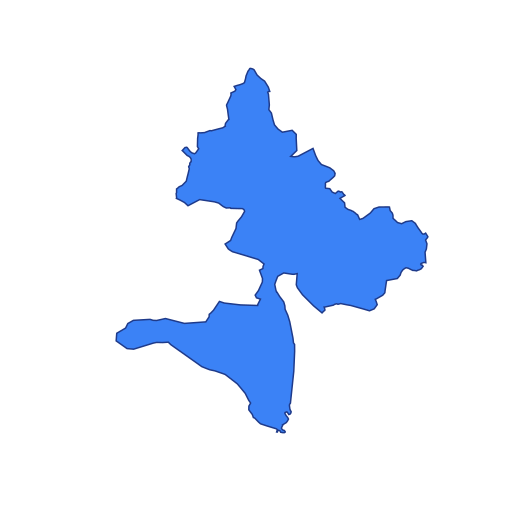 the district of Al Odayn, Ibb, Yemen, rotated 244°
{"feature_id": "15242507B10242503769306", "entity_name": "Al Odayn", "entity_type": "district", "adm_level": 2, "iso_a3": "YEM", "parent_name": "Yemen", "parent_adm1": "Ibb", "projection": "orthographic", "projection_center": [43.943, 13.994], "detail": "fine", "context": "isolated", "style": "filled", "palette": "blue", "viewbox_px": 512, "rotation_deg": 244, "n_neighbors": 0, "source": "geoboundaries", "source_scale": "gbopen_adm2", "svg_char_len": 5054}
<svg xmlns="http://www.w3.org/2000/svg" viewBox="0 0 512 512"><g transform="rotate(244 256 256)"><path d="M383.1,235.9L382.7,236.1L376.5,238.2L375.0,239.4L373.4,240.1L371.7,240.2L370.8,239.9L369.7,239.3L369.4,239.0L369.1,238.4L369.0,238.5L368.5,237.3L368.0,236.9L367.2,236.6L366.9,236.5L366.7,236.0L365.9,234.7L365.1,234.5L363.7,234.3L359.3,230.7L357.7,229.3L353.8,226.1L351.8,220.5L351.9,217.4L351.7,216.4L351.4,215.7L351.2,214.8L351.1,214.0L347.8,212.4L347.1,211.6L343.2,210.2L342.7,209.7L339.5,212.3L335.4,215.2L331.0,216.9L331.4,230.1L325.8,238.2L322.9,242.4L319.9,245.7L316.8,247.2L314.7,248.3L312.2,250.3L310.6,254.0L309.9,254.2L306.6,260.5L304.6,264.5L303.1,265.5L302.1,265.5L300.9,265.2L300.4,264.3L297.6,260.2L295.3,255.1L294.4,253.5L294.2,253.1L292.2,251.8L289.5,250.1L283.3,242.3L281.1,240.0L280.3,233.5L276.1,234.0L274.5,234.2L273.3,234.8L270.2,236.7L251.9,256.5L245.3,259.7L243.6,257.8L241.7,256.7L241.7,252.9L233.0,252.0L229.8,250.3L223.8,243.0L222.1,239.8L221.2,238.1L218.2,238.1L215.3,241.1L211.7,236.4L210.8,235.8L218.9,220.5L227.6,206.9L231.2,203.2L226.8,195.6L225.9,194.1L224.5,190.2L224.1,188.4L221.9,187.2L218.8,182.0L226.8,162.1L239.5,147.2L241.6,138.4L243.3,135.3L245.4,133.1L245.6,132.7L245.9,132.0L246.4,130.8L251.9,117.6L251.5,111.2L248.4,107.2L247.6,97.0L246.3,96.2L241.0,93.1L239.2,94.1L234.1,96.9L229.3,99.5L225.9,105.2L222.7,125.7L221.9,128.8L219.2,134.0L217.0,139.4L213.6,140.6L191.3,152.8L180.3,158.8L176.0,162.7L174.0,164.6L170.8,168.7L168.5,171.0L164.8,174.7L163.0,176.4L149.2,183.2L137.3,186.1L129.5,186.2L126.2,186.7L124.2,183.8L120.9,182.1L115.2,183.2L112.4,182.9L112.0,182.8L110.9,183.8L105.6,185.5L103.2,186.5L98.7,191.1L91.9,198.4L90.6,199.1L88.8,197.4L88.4,198.0L88.7,198.4L89.5,198.9L89.5,199.8L88.5,200.9L86.8,200.9L85.5,202.6L84.8,204.0L84.8,204.8L85.2,205.2L85.5,205.2L86.1,205.1L86.9,204.9L87.3,204.2L89.0,203.4L90.1,203.4L91.0,204.3L92.3,206.0L92.6,205.9L93.0,210.2L94.0,212.1L95.2,213.7L96.9,213.7L99.3,213.1L102.0,213.0L102.6,213.5L102.4,215.4L100.3,215.9L99.2,215.9L98.9,217.0L99.3,218.1L100.5,219.3L103.4,219.3L107.0,220.5L108.0,221.2L108.6,222.4L135.8,239.4L153.3,248.9L159.6,251.9L161.5,251.6L165.9,253.2L170.4,254.4L173.0,255.1L182.1,257.5L188.8,258.6L195.4,258.8L198.6,260.1L202.6,260.8L206.3,260.1L209.2,259.5L214.3,259.0L214.4,258.7L216.5,258.9L222.3,260.4L224.8,262.9L228.2,266.6L228.6,273.5L223.7,280.6L222.9,282.1L222.1,285.3L212.5,279.6L209.3,279.3L200.8,280.8L197.9,281.8L189.5,284.7L186.0,285.9L175.9,290.4L176.8,292.8L176.9,293.9L177.5,294.4L180.2,294.9L180.0,295.3L177.9,304.0L178.1,305.6L177.7,307.6L176.7,308.5L176.2,310.9L176.2,311.2L172.3,316.3L170.0,319.5L161.1,329.5L157.0,334.0L156.7,339.1L159.1,343.6L160.5,343.8L162.6,344.1L163.5,344.1L164.8,344.2L164.7,345.2L165.2,352.7L166.5,355.7L168.4,356.9L176.7,362.6L173.8,373.2L174.1,373.8L175.6,377.2L177.6,379.1L179.1,381.7L179.6,383.9L179.7,385.7L178.2,387.6L176.3,389.0L174.2,390.7L173.9,391.5L172.2,393.9L172.3,394.9L172.0,396.9L172.1,399.0L173.5,401.7L175.1,401.3L175.3,400.6L176.5,400.5L176.9,401.1L176.8,402.3L176.6,404.2L175.5,405.7L185.3,409.6L187.6,412.2L192.0,415.0L196.0,415.4L196.6,416.5L197.3,418.1L197.9,418.9L198.3,418.9L202.2,418.5L202.0,416.7L202.7,415.5L203.9,415.0L205.1,414.9L210.2,414.0L214.9,413.5L215.3,413.6L219.4,411.5L221.2,405.8L221.2,401.4L221.2,401.0L224.1,397.8L224.5,397.7L227.5,396.6L228.1,396.3L228.4,396.2L229.8,395.7L232.7,397.0L234.8,397.3L238.0,396.5L241.5,397.4L242.0,396.6L246.1,388.0L246.8,382.8L244.5,377.6L242.9,368.6L243.4,365.2L248.2,365.4L248.8,365.3L249.2,364.7L250.8,364.2L253.6,362.8L254.6,361.8L254.8,361.8L255.4,361.3L257.7,359.0L260.8,357.4L264.4,358.7L265.0,358.9L268.2,357.7L271.0,356.7L271.4,362.5L272.1,362.4L272.9,361.9L275.9,361.4L276.3,360.9L276.5,359.9L277.5,359.3L278.3,358.3L277.4,354.7L280.0,352.5L284.2,351.8L286.4,348.3L287.3,348.4L289.4,349.6L290.9,350.2L291.5,350.9L291.5,352.8L291.2,354.2L291.5,354.9L292.9,360.1L293.6,361.9L294.2,362.3L295.4,363.2L295.9,363.1L296.0,363.3L298.5,363.2L302.9,361.0L306.4,357.8L309.5,354.9L314.6,353.6L320.0,353.6L327.7,354.4L327.2,337.5L328.3,334.0L330.3,330.9L332.9,338.9L344.6,343.9L344.7,344.0L347.7,345.5L353.1,343.6L355.7,334.0L360.3,331.5L365.7,330.1L370.7,330.9L377.7,332.5L381.9,331.7L385.9,334.2L395.9,338.1L398.1,338.3L398.3,339.3L397.9,340.5L402.4,341.1L409.4,340.4L413.5,338.1L418.2,336.3L424.2,335.9L425.5,335.1L427.0,333.4L427.2,332.6L427.0,332.2L426.7,332.0L426.4,331.4L425.6,329.8L422.2,326.0L419.8,324.2L416.9,321.6L416.7,319.8L417.0,316.7L417.6,313.6L418.0,310.7L414.4,310.9L413.4,309.3L413.5,304.9L411.9,304.3L410.8,303.4L409.9,302.3L405.9,297.4L404.8,295.9L404.1,295.5L400.3,294.7L395.6,293.1L390.7,291.5L390.8,291.2L388.6,286.8L386.6,285.3L386.1,285.3L386.1,284.9L385.8,282.3L386.5,279.0L387.8,272.4L388.1,270.8L388.9,269.6L389.4,264.8L389.4,264.0L390.9,260.3L392.1,258.0L392.1,257.9L390.4,257.1L388.2,255.7L387.5,255.2L380.0,251.3L377.5,251.5L375.0,246.9L374.9,245.5L376.8,243.6L378.6,242.7L380.9,242.2L383.5,241.7L384.1,241.4L384.6,239.7L383.1,235.9Z" fill="#3b82f6" stroke="#1e3a8a" stroke-width="1.5"/></g></svg>